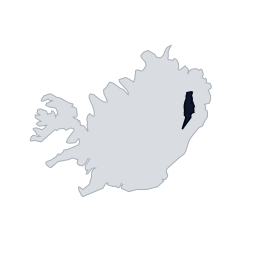 Fljótsdalshreppur, Austurland, Iceland shown in context, rotated 334°
{"feature_id": "244011B28727550371532", "entity_name": "Fljótsdalshreppur", "entity_type": "district", "adm_level": 2, "iso_a3": "ISL", "parent_name": "Iceland", "parent_adm1": "Austurland", "projection": "albers", "projection_center": [-15.091, 64.811], "detail": "fine", "context": "in_parent", "style": "filled", "palette": "ink", "viewbox_px": 256, "rotation_deg": 334, "n_neighbors": 0, "source": "geoboundaries", "source_scale": "gbopen_adm2", "svg_char_len": 5580}
<svg xmlns="http://www.w3.org/2000/svg" viewBox="0 0 256 256"><g transform="rotate(334 128 128)"><path d="M187.2,79.0L189.1,79.1L192.2,77.7L196.7,73.6L198.6,72.7L202.9,72.7L197.7,76.7L195.7,81.1L194.2,83.3L194.3,84.2L198.0,86.9L199.8,86.0L200.6,86.3L201.3,87.6L201.8,90.1L201.5,92.7L200.4,95.3L198.9,97.5L199.2,98.2L200.3,98.5L206.5,97.2L207.3,100.3L207.8,101.4L207.7,102.5L205.2,105.9L208.1,103.7L210.4,103.1L214.4,104.1L216.0,105.3L217.0,107.5L219.0,106.8L219.9,108.0L219.9,109.3L219.1,113.0L216.8,114.9L218.3,117.5L219.5,117.5L219.7,118.1L219.6,119.7L217.8,121.5L220.9,123.5L221.3,124.3L221.2,126.6L220.7,127.9L219.8,128.8L217.6,128.9L216.3,129.8L216.8,131.2L216.4,135.2L214.7,138.5L213.1,140.2L211.5,141.4L207.1,140.2L207.3,143.0L205.7,144.7L206.1,146.2L206.6,146.9L206.4,148.7L204.4,152.6L202.9,153.8L200.1,155.3L195.9,158.8L191.7,158.8L181.3,163.7L177.2,166.3L169.7,174.2L166.5,176.2L161.1,177.1L144.9,181.8L142.9,184.9L142.8,185.6L143.5,186.8L142.1,189.0L139.6,190.5L138.4,190.4L136.5,189.0L136.2,189.6L136.9,191.3L128.8,193.7L117.9,191.5L108.5,187.0L100.8,185.6L95.9,179.7L95.8,178.8L96.5,177.3L98.5,176.7L97.8,175.0L94.3,177.6L93.2,177.4L91.9,176.1L92.0,175.0L89.3,174.3L85.0,170.4L84.7,169.6L85.9,168.6L85.7,168.3L83.2,168.3L79.2,171.1L57.3,169.9L56.7,168.2L56.6,161.9L57.7,159.3L58.5,159.7L60.6,163.5L66.7,162.2L69.2,161.2L71.7,158.0L73.1,157.1L75.3,153.0L77.3,150.5L81.1,149.6L77.9,148.5L72.1,151.4L70.3,151.2L71.3,149.8L73.4,148.3L72.1,148.1L71.7,147.2L71.8,145.6L73.0,143.2L79.9,139.3L78.5,138.2L73.7,141.3L70.4,142.1L67.9,140.2L66.9,137.9L67.1,137.0L69.0,134.4L68.8,133.9L67.8,133.5L65.3,130.7L60.8,130.4L50.1,127.5L41.4,129.9L39.6,128.0L38.5,124.3L39.0,123.0L40.5,122.5L44.5,123.1L50.7,122.3L53.6,120.6L54.6,121.2L55.0,122.3L58.8,121.2L60.9,119.7L64.1,120.9L76.4,121.4L78.3,119.2L79.2,116.5L79.0,115.9L74.2,117.9L73.2,117.8L68.2,115.8L66.5,114.1L67.2,112.9L70.3,110.6L77.7,106.9L78.8,106.1L79.0,105.1L76.5,102.9L71.2,102.8L70.1,100.4L66.0,98.6L63.0,99.1L61.7,97.5L43.8,102.4L38.7,98.3L34.9,97.2L34.7,96.2L37.4,93.4L39.1,93.1L40.6,93.6L43.3,96.2L45.3,97.1L43.1,93.6L43.4,90.5L42.7,89.6L42.2,87.5L42.7,86.8L45.7,87.7L50.1,91.9L52.6,91.6L56.1,89.8L49.2,87.6L47.4,84.5L49.2,83.3L52.8,83.9L49.4,78.6L49.3,77.7L50.3,75.7L55.1,78.2L52.8,75.0L52.8,74.4L53.6,74.0L54.3,72.3L55.6,71.8L58.0,72.7L61.6,76.5L62.0,77.5L61.8,80.8L63.4,80.5L65.2,81.2L67.0,79.1L68.0,79.8L68.6,81.9L67.9,86.4L69.2,84.9L71.0,85.0L71.8,81.4L71.7,78.4L66.2,74.3L64.1,71.5L64.5,70.7L65.7,70.1L72.0,70.3L69.5,68.5L69.1,67.0L64.3,66.9L62.0,66.0L62.0,65.3L63.1,64.3L66.2,62.3L71.7,62.8L73.8,63.7L77.4,69.2L80.5,71.6L85.5,79.1L88.9,82.1L89.0,82.8L88.3,83.5L86.8,84.3L88.8,85.7L90.0,87.6L90.0,88.4L88.2,93.8L86.7,95.5L83.4,94.1L84.0,95.9L86.2,98.0L86.7,99.1L86.2,100.1L87.4,99.9L87.7,100.6L86.9,103.6L86.2,104.7L88.1,105.6L89.4,107.3L90.5,113.8L91.9,109.0L92.5,107.2L93.5,106.7L94.9,101.8L97.5,99.1L99.7,98.2L101.6,101.8L103.2,102.3L105.4,96.3L105.9,91.9L105.9,86.9L106.4,83.4L107.7,81.4L109.2,80.9L112.0,83.2L114.2,88.3L117.6,93.9L120.2,95.4L120.7,95.3L121.3,93.6L121.4,86.5L122.8,82.9L126.0,82.2L131.0,79.0L132.1,79.0L134.3,81.1L138.1,88.4L140.9,91.8L142.3,97.2L142.9,98.2L143.6,96.6L143.8,94.2L140.7,83.2L140.8,81.7L141.2,80.6L147.7,81.5L149.1,82.7L153.3,89.1L155.6,86.7L160.3,79.5L161.8,79.8L165.5,82.9L167.0,82.6L171.4,80.1L172.5,76.7L170.8,69.7L171.6,68.3L175.6,66.7L180.0,67.1L184.4,73.6L184.5,76.6L187.2,79.0Z" fill="#d9dde1" stroke="#a8b0b8" stroke-width="1"/><path d="M197.0,137.7L197.0,137.2L197.1,136.8L197.1,136.6L197.2,135.4L197.2,134.5L197.2,134.4L197.0,134.1L197.0,133.9L196.9,133.7L196.8,133.4L196.8,133.2L196.7,133.2L196.8,133.2L196.7,133.1L196.8,133.1L196.7,133.0L196.8,133.0L196.7,133.0L196.8,132.9L196.8,132.7L196.9,132.4L197.0,132.3L197.0,132.2L197.2,131.9L197.3,131.9L197.4,131.7L197.5,131.6L197.5,131.4L197.6,131.5L197.6,131.4L197.7,131.2L197.8,131.1L197.9,130.9L198.0,130.8L198.0,130.7L198.2,130.4L198.3,130.3L198.3,130.2L198.4,129.9L198.4,129.7L198.5,129.7L198.6,129.4L198.7,129.2L198.8,129.0L198.8,128.9L198.7,128.9L198.8,128.8L198.9,128.7L198.9,128.4L199.0,128.2L199.0,127.9L198.9,127.9L199.0,127.8L199.0,127.7L199.1,127.4L199.1,127.2L199.1,126.9L199.1,126.7L199.6,126.1L200.2,125.6L200.4,125.3L200.8,124.9L201.5,124.0L201.2,123.7L200.9,123.6L200.9,123.4L200.7,123.2L200.4,123.1L200.2,123.1L200.1,123.3L199.9,123.3L199.6,123.2L199.4,123.0L199.4,122.9L199.0,122.7L197.1,122.3L196.3,122.2L196.0,123.0L194.4,124.7L194.1,125.1L194.0,125.5L193.9,125.9L193.8,126.2L193.7,126.4L193.6,126.5L193.3,127.0L193.0,127.4L191.9,128.4L191.3,129.0L191.2,129.1L190.8,129.5L190.6,129.7L188.8,132.0L187.5,134.4L187.4,134.6L187.3,134.8L187.3,135.0L187.3,135.3L187.3,135.5L187.2,135.7L187.1,135.9L187.1,136.0L187.5,136.3L187.4,136.4L187.3,136.5L187.0,136.7L186.8,136.8L186.6,136.8L186.4,137.0L186.3,137.3L186.3,137.5L186.5,137.8L186.5,138.0L186.4,138.1L186.2,138.3L186.0,138.5L185.9,138.6L185.7,138.7L185.5,138.8L185.4,138.9L185.4,139.0L185.3,139.4L185.5,139.5L185.2,139.9L185.2,140.0L184.9,140.3L184.8,140.6L184.7,140.8L184.4,141.0L184.5,141.5L184.7,141.8L184.8,142.2L184.8,142.3L184.8,142.5L184.7,142.8L184.7,143.3L184.6,143.9L182.5,146.2L180.4,148.4L178.5,150.4L176.3,152.8L179.8,150.9L182.8,149.3L185.7,147.8L188.9,146.1L189.0,146.1L189.1,145.8L189.2,145.7L189.3,145.5L190.2,143.2L190.5,143.3L190.9,143.2L191.0,143.1L191.1,142.9L191.5,142.8L191.8,142.8L192.4,142.1L192.9,142.5L194.1,142.8L194.6,141.3L194.8,140.7L195.2,140.1L195.4,139.7L195.5,139.3L195.6,138.8L195.6,138.7L196.4,138.1L196.5,138.0L196.5,137.9L196.8,137.8L197.0,137.7Z" fill="#0f172a" stroke="#020617" stroke-width="1.5"/></g></svg>